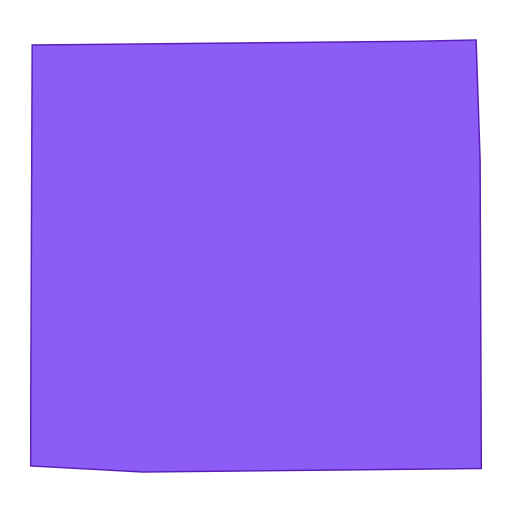 outline of Jasper, Illinois, United States of America
{"feature_id": "52423323B45036173562792", "entity_name": "Jasper", "entity_type": "district", "adm_level": 2, "iso_a3": "USA", "parent_name": "United States of America", "parent_adm1": "Illinois", "projection": "robinson", "projection_center": [-88.173, 39.011], "detail": "fine", "context": "isolated", "style": "filled", "palette": "violet", "viewbox_px": 512, "rotation_deg": 0, "n_neighbors": 0, "source": "geoboundaries", "source_scale": "gbopen_adm2", "svg_char_len": 233}
<svg xmlns="http://www.w3.org/2000/svg" viewBox="0 0 512 512"><path d="M30.8,388.4L30.7,465.9L142.5,472.0L481.3,468.5L480.1,160.1L476.1,40.0L414.0,41.3L32.2,45.0L30.8,388.4Z" fill="#8b5cf6" stroke="#5b21b6" stroke-width="1.5"/></svg>